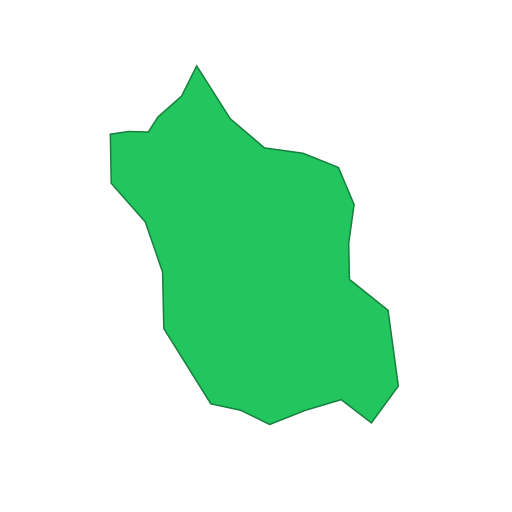 SVG path tracing the border of Mitooma, rotated 22°
{"feature_id": "UGA-5622", "entity_name": "Mitooma", "entity_type": "District", "adm_level": 1, "iso_a3": "UGA", "parent_name": "Uganda", "parent_adm1": "", "projection": "orthographic", "projection_center": [30.044, -0.633], "detail": "fine", "context": "isolated", "style": "filled", "palette": "green", "viewbox_px": 512, "rotation_deg": 22, "n_neighbors": 0, "source": "natural_earth", "source_scale": "10m", "svg_char_len": 479}
<svg xmlns="http://www.w3.org/2000/svg" viewBox="0 0 512 512"><g transform="rotate(22 256 256)"><path d="M425.5,367.5L388.8,357.3L359.3,380.8L331.8,407.1L299.6,404.8L269.5,410.0L197.7,357.8L175.4,305.9L140.6,265.9L94.5,242.8L75.3,197.6L91.4,188.2L109.7,181.4L113.0,163.9L127.1,135.6L129.8,102.0L180.7,138.4L223.4,152.6L261.3,143.1L299.3,143.1L327.7,171.6L337.2,209.5L351.4,242.7L398.8,256.9L436.7,323.3L425.5,367.5Z" fill="#22c55e" stroke="#15803d" stroke-width="1.5"/></g></svg>